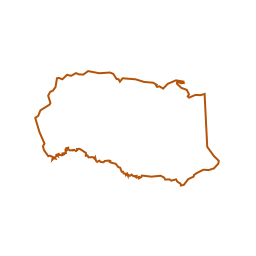 the district of Na Mon, Kalasin, Thailand, rotated 148°
{"feature_id": "78962969B62182146168517", "entity_name": "Na Mon", "entity_type": "district", "adm_level": 2, "iso_a3": "THA", "parent_name": "Thailand", "parent_adm1": "Kalasin", "projection": "mercator", "projection_center": [103.83, 16.584], "detail": "medium", "context": "isolated", "style": "outline", "palette": "amber", "viewbox_px": 256, "rotation_deg": 148, "n_neighbors": 0, "source": "geoboundaries", "source_scale": "gbopen_adm2", "svg_char_len": 1878}
<svg xmlns="http://www.w3.org/2000/svg" viewBox="0 0 256 256"><g transform="rotate(148 128 128)"><path d="M161.9,207.8L167.8,201.1L171.8,199.5L174.8,199.9L178.6,197.7L180.5,190.4L182.0,189.4L192.9,189.4L197.7,185.9L201.3,185.7L205.2,171.7L207.1,159.0L209.8,157.6L211.0,153.8L210.5,146.3L209.0,146.0L207.1,143.3L209.0,141.2L207.1,141.7L205.7,140.4L205.6,141.8L203.2,142.2L203.1,143.9L202.4,141.8L202.1,142.9L200.4,142.7L200.6,141.7L198.2,139.7L196.8,139.6L197.5,140.6L197.1,141.2L193.9,139.7L193.3,141.4L192.0,141.4L192.8,143.5L191.7,142.2L191.0,143.6L189.2,143.0L189.9,142.0L189.1,139.7L186.8,138.7L186.9,137.6L186.3,138.5L185.2,137.9L184.3,136.0L182.6,136.2L182.3,137.2L180.0,135.9L176.9,129.2L178.5,126.8L176.9,126.3L177.0,124.0L173.2,121.9L172.7,119.9L171.4,120.6L172.5,117.3L172.1,115.6L169.6,115.5L169.1,113.6L166.9,111.9L165.3,112.4L161.4,110.5L160.6,109.4L161.5,109.0L161.1,108.1L157.4,104.2L157.0,100.2L155.7,98.5L156.5,94.3L155.4,93.5L155.8,91.8L154.3,90.6L154.7,89.2L152.9,89.8L153.3,87.5L152.6,88.3L151.8,86.4L149.6,86.6L149.0,84.3L146.5,83.0L147.5,82.6L147.1,81.4L144.6,80.6L145.3,79.6L142.8,79.3L141.4,80.3L133.9,74.3L125.6,70.2L123.6,66.7L123.8,64.6L120.0,62.4L119.2,60.4L114.5,59.0L114.6,56.2L113.0,53.1L113.6,51.2L110.7,50.2L104.2,52.7L98.1,52.0L97.1,53.1L93.4,53.4L86.1,52.6L81.9,49.6L76.6,48.2L70.3,49.9L68.4,52.1L70.0,58.7L70.8,70.0L45.0,116.3L49.1,117.4L53.2,120.3L60.1,121.4L60.6,123.2L58.4,124.2L58.0,129.3L61.5,133.7L63.0,139.8L61.7,141.2L59.3,137.9L57.7,137.0L57.9,138.0L56.7,137.1L56.3,137.9L62.1,143.0L70.8,144.4L77.3,142.8L79.3,146.7L81.5,147.4L81.6,149.2L80.8,149.4L82.7,153.1L89.9,158.5L95.8,165.3L106.2,173.0L110.3,171.6L110.2,174.5L111.7,175.6L111.8,181.7L113.9,184.6L123.4,189.7L131.7,197.4L137.6,197.0L141.2,199.5L143.0,202.1L148.6,202.4L151.5,205.4L157.9,204.1L160.1,207.1L161.9,207.8Z" fill="none" stroke="#b45309" stroke-width="2"/></g></svg>